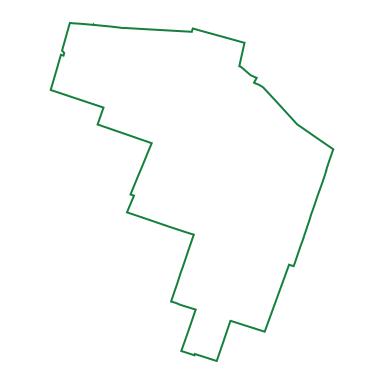 Milosesti, Ialomita, Romania
{"feature_id": "2599482B31201571212369", "entity_name": "Milosesti", "entity_type": "district", "adm_level": 2, "iso_a3": "ROU", "parent_name": "Romania", "parent_adm1": "Ialomita", "projection": "robinson", "projection_center": [27.204, 44.736], "detail": "fine", "context": "isolated", "style": "outline", "palette": "green", "viewbox_px": 384, "rotation_deg": 0, "n_neighbors": 0, "source": "geoboundaries", "source_scale": "gbopen_adm2", "svg_char_len": 2050}
<svg xmlns="http://www.w3.org/2000/svg" viewBox="0 0 384 384"><path d="M264.7,331.7L289.1,264.7L293.6,266.2L294.8,263.0L295.9,259.8L297.4,255.4L298.1,253.2L299.1,250.4L299.8,248.3L300.3,246.7L300.9,245.1L302.4,241.2L303.6,237.7L304.3,235.4L305.6,231.6L306.2,229.8L307.2,226.6L309.0,221.6L311.0,214.8L313.9,206.8L316.2,199.9L316.9,197.7L322.2,183.0L322.8,181.2L324.5,176.2L325.9,171.8L326.2,171.0L326.0,170.9L327.1,167.4L329.3,160.6L329.9,159.0L331.4,154.7L332.5,151.5L333.1,149.8L333.3,149.3L332.0,148.4L318.4,139.1L297.1,124.3L277.1,102.4L263.0,87.2L260.6,85.8L259.9,85.3L258.8,84.7L258.5,84.6L257.4,84.2L256.1,83.7L255.9,83.6L255.0,83.2L254.0,82.7L254.4,82.0L256.7,77.9L250.6,75.2L240.9,66.8L239.3,66.2L244.5,42.8L244.4,42.8L233.6,39.8L201.7,31.0L192.8,28.5L191.9,31.3L191.7,31.7L191.7,31.8L184.6,31.4L160.0,30.0L142.2,29.0L125.5,28.0L124.0,28.1L121.9,27.9L117.3,27.3L114.8,27.0L111.1,26.6L105.0,26.0L102.8,25.8L96.0,25.1L94.3,24.9L94.0,24.9L93.9,24.8L93.9,25.0L91.2,24.7L85.7,24.2L82.0,23.9L77.9,23.6L76.2,23.5L74.5,23.4L73.4,23.3L69.9,23.0L69.1,25.6L66.7,34.1L65.2,39.5L62.9,47.6L62.6,48.6L62.4,49.5L62.4,50.0L62.1,50.7L64.2,53.0L63.5,55.6L60.9,54.8L56.5,70.2L52.6,83.5L50.7,89.8L50.7,90.0L71.4,96.9L103.5,107.6L97.6,124.5L151.7,143.2L146.4,155.9L146.4,156.1L141.2,168.7L138.9,174.1L137.6,177.2L136.8,179.2L134.8,184.0L131.3,192.6L130.5,194.4L130.5,194.5L131.9,195.0L134.0,195.6L129.5,206.3L127.3,211.6L127.0,212.4L134.3,214.8L168.8,226.6L180.7,230.5L182.4,231.1L193.8,234.7L188.6,249.7L182.9,266.7L182.8,267.0L180.9,272.1L177.1,284.0L176.9,284.5L175.7,288.1L175.2,289.4L172.8,296.5L171.3,300.9L171.1,301.5L171.8,301.7L173.7,302.3L176.4,303.1L177.2,303.5L178.4,304.0L178.9,304.2L179.3,304.5L179.9,304.7L181.5,305.2L183.9,306.0L185.6,306.5L188.0,307.2L195.7,309.6L195.6,309.8L190.7,324.2L184.1,343.2L184.0,343.4L181.3,351.0L194.5,355.3L194.9,354.0L195.8,354.3L216.7,361.0L218.9,354.8L219.0,354.4L223.5,341.3L225.4,335.7L227.1,330.7L230.4,320.9L230.5,320.8L243.6,325.0L258.1,329.6L264.7,331.7Z" fill="none" stroke="#15803d" stroke-width="2"/></svg>